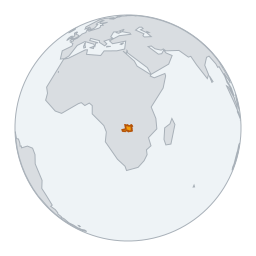 globe centered on North-Western, rotated 347°
{"feature_id": "ZMB-521", "entity_name": "North-Western", "entity_type": "Province", "adm_level": 1, "iso_a3": "ZMB", "parent_name": "Zambia", "parent_adm1": "", "projection": "orthographic", "projection_center": [25.141, -12.794], "detail": "fine", "context": "on_globe", "style": "filled", "palette": "amber", "viewbox_px": 256, "rotation_deg": 347, "n_neighbors": 0, "source": "natural_earth", "source_scale": "10m", "svg_char_len": 6656}
<svg xmlns="http://www.w3.org/2000/svg" viewBox="0 0 256 256"><g transform="rotate(347 128 128)"><circle cx="128" cy="128" r="113" fill="#eef3f6" stroke="#a8b0b8"/><path d="M17.4,106.5L17.5,106.3L17.2,108.0L17.0,113.2L18.8,114.1L19.2,118.3L18.8,121.5L19.9,121.5L19.9,123.4L25.9,123.0L30.5,126.2L31.4,133.0L29.5,142.1L32.5,159.7L30.4,167.5L33.0,174.7L36.8,186.1L35.1,187.0L38.8,191.2L40.5,194.8L40.3,196.0L43.1,199.4L43.1,200.2L45.1,201.8L49.2,207.2L52.8,210.1L56.9,214.2L59.3,215.8L59.3,216.1L60.4,217.2L61.9,218.3L60.1,217.5L54.9,213.6L52.1,211.0L45.6,204.6L47.0,206.2L39.3,197.4L33.5,189.3L25.1,173.9L21.9,165.9L19.4,157.7L17.4,149.3L16.1,140.8L15.4,132.2L15.4,123.6L16.1,115.0L17.4,106.5ZM64.5,219.5L61.0,218.1L62.3,218.5L59.8,216.3L62.9,217.7L64.5,219.5ZM58.6,213.4L57.7,211.8L58.5,212.1L59.3,213.3L58.6,213.4ZM154.0,18.4L159.1,19.8L160.6,20.5L161.4,20.7L160.6,20.2L155.0,18.6L163.0,20.9L170.8,23.8L178.4,27.3L185.7,31.3L192.7,35.8L199.4,40.8L205.6,46.4L211.4,52.3L216.8,58.7L221.7,65.5L226.1,72.6L229.9,80.0L233.2,87.6L231.9,84.7L232.6,87.1L237.0,100.0L237.7,103.3L237.7,107.3L237.2,104.8L233.8,96.2L234.9,103.6L237.6,112.2L238.6,120.8L237.3,116.8L236.1,109.2L234.8,106.0L233.9,99.3L230.5,88.7L229.1,89.1L228.0,85.2L223.1,76.2L220.4,76.8L216.9,84.2L218.5,94.1L216.4,97.7L209.0,81.8L205.3,72.3L202.8,72.5L195.1,63.9L182.2,61.3L180.2,58.9L177.8,59.6L172.2,56.9L169.1,53.3L165.9,53.2L174.2,62.9L177.6,63.2L180.3,60.1L182.0,63.5L187.3,67.3L182.0,74.9L162.6,80.9L160.4,73.5L144.4,54.6L144.7,52.7L144.4,52.1L143.2,55.2L140.4,51.9L149.2,64.2L150.8,69.8L162.3,81.3L161.3,82.4L164.9,85.0L176.2,83.2L176.4,85.7L171.2,97.0L155.3,112.8L157.3,124.9L155.9,135.3L145.8,142.0L146.4,150.5L141.1,153.4L140.6,158.3L136.3,163.5L129.0,168.6L117.0,169.1L116.5,164.6L110.7,156.1L102.8,136.3L106.0,127.0L105.0,120.2L96.3,106.2L98.2,98.1L95.9,95.0L91.0,96.4L88.2,92.8L85.2,93.1L66.6,98.8L60.9,95.1L54.0,82.4L57.4,76.0L57.9,69.9L80.8,46.5L85.8,46.6L103.9,42.3L106.1,42.7L104.1,46.9L117.7,51.2L122.1,47.5L134.4,50.3L142.5,50.3L145.3,42.8L131.9,42.4L129.6,38.9L140.2,36.1L151.8,37.3L151.3,36.0L143.9,32.8L146.5,30.9L141.3,31.6L143.4,32.9L140.2,33.6L138.1,32.5L139.1,31.8L135.6,31.2L131.7,35.3L133.4,37.1L124.2,38.0L126.3,41.2L123.8,42.7L119.4,38.1L119.8,36.4L111.7,32.3L110.4,34.1L118.0,38.2L115.7,38.0L114.1,41.0L113.4,38.5L105.5,34.1L97.1,36.1L86.6,44.6L81.7,46.1L77.6,45.6L81.3,38.0L91.8,35.6L93.3,33.4L91.1,31.2L94.5,30.8L94.9,29.8L98.9,29.1L104.4,26.1L108.4,25.5L110.5,22.8L112.9,22.2L110.9,23.9L111.8,24.9L121.7,24.2L123.7,23.6L124.2,22.0L126.9,22.3L126.2,20.9L131.9,20.4L124.3,20.0L124.8,18.7L128.2,17.9L127.0,17.5L121.5,19.0L120.5,19.8L121.8,20.4L117.9,23.1L114.5,23.8L113.4,21.1L108.4,22.0L109.8,20.0L124.0,16.3L129.9,16.0L139.8,17.4L138.5,17.8L134.3,17.4L138.2,18.6L137.9,18.1L140.1,18.4L141.1,17.8L142.7,18.0L140.9,17.1L143.0,17.4L144.1,17.9L147.4,17.6L151.8,18.4L151.8,18.2L150.5,17.9L156.9,19.3L156.6,19.2L154.3,18.6L152.3,18.1L151.5,17.8L154.0,18.4ZM73.1,56.9L72.5,58.6L73.1,56.9ZM164.4,43.0L171.2,44.2L167.7,39.4L170.0,39.6L168.0,38.1L167.4,39.1L162.3,35.1L165.1,34.5L164.0,32.8L161.7,32.3L157.4,34.3L164.7,39.8L163.3,41.4L164.4,43.0ZM17.5,106.1L17.4,107.0L17.2,107.5L17.5,106.1ZM93.2,25.9L94.5,26.1L93.0,27.3L87.9,29.0L90.1,27.2L93.2,25.9ZM96.8,26.2L97.2,23.6L100.3,22.8L98.5,23.6L100.6,23.3L98.2,24.7L100.9,26.7L99.7,28.0L90.9,29.9L94.4,28.5L92.9,28.2L96.8,26.2ZM92.5,21.6L92.6,21.3L99.3,19.6L98.3,20.2L93.2,21.7L91.3,22.0L92.5,21.6ZM101.2,18.6L100.8,18.7L100.5,18.8L101.2,18.6ZM98.4,19.3L99.8,19.0L94.8,20.4L98.4,19.3ZM108.7,41.0L110.5,41.1L113.2,40.7L112.2,42.8L108.7,41.0ZM103.2,38.0L104.7,37.6L104.7,40.0L102.9,40.1L103.2,38.0ZM105.6,35.5L104.8,37.4L104.2,36.4L105.6,35.5ZM112.4,23.6L114.1,23.3L114.3,23.6L113.3,24.2L112.4,23.6ZM124.7,15.4L124.4,15.4L123.9,15.4L124.7,15.4ZM143.0,44.0L140.6,45.3L139.4,44.6L140.5,44.2L143.0,44.0ZM125.7,43.6L129.6,44.6L125.4,44.2L125.7,43.6ZM179.5,198.5L179.6,200.4L178.2,200.2L179.5,198.5ZM174.5,135.1L166.2,153.3L161.1,153.0L160.5,147.3L163.8,136.1L169.8,133.4L172.9,128.6L174.5,135.1ZM239.2,146.0L239.2,145.9L239.3,145.0L239.2,146.0ZM239.4,144.2L238.8,139.9L238.2,136.9L238.6,135.4L239.6,138.5L239.4,144.2ZM238.6,135.2L237.3,127.4L233.5,109.1L234.9,110.4L238.5,122.9L238.3,124.3L239.1,130.0L238.6,135.2ZM240.4,136.1L240.3,133.3L240.1,131.5L240.0,124.5L240.1,121.8L240.3,122.7L240.3,119.1L240.6,127.6L240.4,136.1ZM218.9,95.2L221.3,101.9L220.0,102.4L218.9,95.2ZM233.9,89.7L234.3,90.8L234.1,90.5L233.6,88.9L233.5,88.6L233.9,89.7ZM145.0,16.6L144.7,16.6L145.2,16.8L147.9,17.4L143.4,16.6L142.7,16.3L142.9,16.3L145.0,16.6ZM220.6,192.1L220.1,192.1L221.2,189.7L223.3,186.8L229.1,175.6L229.0,176.3L232.1,169.4L233.4,167.7L229.8,176.1L225.6,184.3L220.6,192.1Z" fill="#d9dde1" stroke="#a8b0b8" stroke-width="1"/><path d="M122.0,129.8L121.9,128.4L125.8,128.4L125.7,128.2L125.6,127.9L125.7,127.5L125.8,127.3L125.9,127.2L125.8,126.9L125.7,126.8L125.7,126.7L125.7,126.2L125.8,126.1L125.8,125.9L125.7,125.8L125.7,125.7L125.8,125.6L125.8,125.4L125.8,125.1L125.8,124.7L125.8,124.4L125.7,124.3L125.7,124.2L125.8,124.2L126.0,124.3L126.0,124.5L126.3,124.6L126.5,124.6L126.5,124.8L126.6,125.0L126.4,125.2L126.4,125.3L126.5,125.3L126.8,125.4L127.0,125.2L127.3,125.1L127.5,125.0L128.0,125.0L128.3,124.9L128.4,125.0L128.3,125.3L128.3,125.5L128.5,125.8L128.6,126.0L128.8,126.0L128.8,125.9L129.0,125.9L129.1,126.0L129.3,126.1L129.5,126.1L129.6,126.3L130.0,126.3L130.3,126.3L130.5,126.3L130.8,126.4L131.0,126.5L131.1,126.4L131.3,126.4L131.5,126.3L131.5,126.2L131.6,125.9L131.6,125.7L131.8,125.6L132.0,125.7L132.0,125.8L132.0,126.1L132.4,126.3L132.5,126.5L132.6,126.8L132.6,127.0L132.4,126.9L132.3,127.0L132.2,127.1L131.9,127.1L131.7,127.1L131.7,127.3L131.7,127.5L131.4,127.7L131.3,127.8L131.3,128.0L131.4,128.3L131.5,128.3L131.7,128.6L131.5,128.8L131.5,129.0L131.4,129.2L131.3,129.3L131.2,129.4L131.2,129.5L131.2,129.8L131.3,129.8L131.4,130.0L131.5,130.0L131.4,130.2L131.4,130.3L131.3,130.5L131.5,130.7L131.5,130.8L131.5,131.1L131.4,131.1L131.2,131.2L131.1,131.3L130.9,131.2L130.9,131.3L130.8,131.2L130.7,131.3L130.4,131.5L130.3,131.8L130.2,131.8L130.2,131.7L128.9,131.5L128.7,131.5L128.3,131.5L128.2,131.6L127.9,131.6L127.7,131.6L127.7,131.4L127.8,131.2L127.9,130.9L127.7,130.8L127.5,130.7L127.4,130.6L127.2,130.6L127.2,130.4L126.9,130.3L126.8,130.2L126.7,130.2L126.7,130.3L126.5,130.2L126.4,130.2L126.4,130.3L126.3,130.2L126.2,130.2L126.1,130.3L125.9,130.3L125.7,130.3L125.4,130.3L125.2,130.4L124.9,130.5L124.7,130.6L124.4,130.7L124.2,130.5L124.1,130.4L123.9,130.4L123.7,130.2L123.4,130.2L123.4,130.3L123.2,130.3L123.1,130.2L122.8,130.1L122.5,129.8L122.4,129.8L122.2,129.9L122.0,129.8Z" fill="#f59e0b" stroke="#b45309" stroke-width="1.5"/></g></svg>